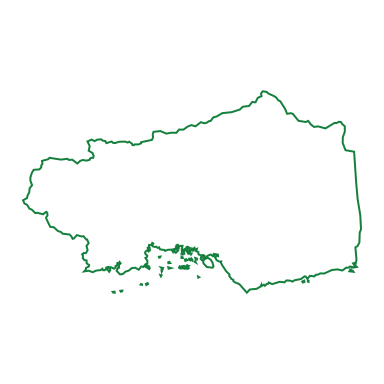 outline of Pohuwato, Gorontalo, Indonesia
{"feature_id": "22746128B36723886609479", "entity_name": "Pohuwato", "entity_type": "district", "adm_level": 2, "iso_a3": "IDN", "parent_name": "Indonesia", "parent_adm1": "Gorontalo", "projection": "mercator", "projection_center": [121.655, 0.703], "detail": "fine", "context": "isolated", "style": "outline", "palette": "green", "viewbox_px": 384, "rotation_deg": 0, "n_neighbors": 0, "source": "geoboundaries", "source_scale": "gbopen_adm2", "svg_char_len": 6066}
<svg xmlns="http://www.w3.org/2000/svg" viewBox="0 0 384 384"><path d="M341.0,122.1L338.8,121.8L336.7,123.0L334.4,123.0L325.4,128.4L318.2,126.4L314.0,126.9L310.9,124.5L308.2,120.9L305.9,122.0L298.5,120.8L292.8,113.8L290.7,113.2L287.1,113.8L285.1,108.9L280.3,101.3L278.2,100.2L276.2,97.5L274.0,96.1L268.3,93.5L266.7,91.9L262.7,91.3L261.0,93.7L261.5,96.2L257.8,97.8L255.5,102.3L252.2,102.0L249.0,106.0L242.8,106.7L239.8,109.6L231.5,112.2L222.4,113.1L216.8,116.4L213.3,117.4L210.6,121.0L208.8,121.2L207.1,122.5L204.6,123.3L200.8,122.2L195.5,126.3L191.3,125.1L187.6,126.6L183.5,129.6L179.0,129.6L176.4,132.8L171.2,132.7L166.3,133.6L160.5,131.1L153.5,131.8L152.7,134.5L153.1,137.3L151.9,139.9L141.1,142.2L141.1,143.3L138.5,144.4L134.6,144.4L134.0,145.1L132.5,145.1L132.1,143.8L129.1,141.7L127.6,142.5L125.1,141.6L118.8,141.8L115.1,143.1L112.9,142.8L111.7,141.5L106.4,143.1L105.2,141.0L102.6,140.6L101.1,139.3L97.1,139.7L94.5,141.1L91.7,139.6L87.5,141.4L89.7,146.2L88.7,150.7L92.5,153.0L93.6,155.8L93.2,157.8L91.1,157.9L90.0,158.5L89.7,159.8L86.7,160.6L82.5,160.0L80.3,160.9L77.3,163.5L72.3,159.7L68.7,159.9L67.5,158.8L60.9,159.6L49.5,157.8L48.2,159.2L42.0,160.9L42.5,163.8L41.3,165.4L41.2,167.4L39.4,169.4L33.7,169.8L31.8,173.0L30.3,177.9L30.5,181.1L32.1,185.2L29.7,188.1L29.2,192.5L27.6,195.3L27.1,198.0L23.0,200.3L24.5,203.5L27.2,204.9L29.3,208.5L31.9,209.7L35.3,213.1L37.4,212.8L43.1,214.3L46.2,211.8L47.2,212.6L47.5,215.4L46.1,217.5L46.2,218.5L50.2,226.8L53.9,227.3L58.0,231.1L60.8,231.9L62.7,233.7L69.5,234.5L71.3,236.2L72.6,238.8L73.9,238.5L76.9,235.1L81.6,236.5L83.5,236.2L86.3,239.5L87.1,239.5L88.7,243.1L86.5,245.9L87.6,250.1L86.0,253.0L83.6,253.1L82.1,254.4L82.9,255.3L82.9,258.3L84.4,260.1L86.6,260.5L86.7,263.4L89.2,265.1L88.9,266.4L86.0,268.0L85.8,269.7L84.2,271.4L88.7,270.7L92.7,272.2L96.1,270.6L100.5,270.1L102.4,268.7L103.1,270.2L104.6,270.2L105.5,269.7L106.3,267.5L109.4,266.6L108.1,267.3L107.5,269.7L109.2,271.8L110.3,270.1L109.7,267.4L110.6,267.1L114.2,268.7L115.5,267.7L115.6,265.9L117.0,265.7L117.4,263.0L119.1,262.9L119.6,262.0L120.6,263.3L118.9,265.0L119.1,267.7L117.8,268.1L116.6,270.8L120.0,274.4L122.9,274.0L125.5,271.6L128.8,270.6L131.8,268.1L135.1,267.7L138.7,269.7L141.3,266.5L143.4,266.9L145.4,264.3L147.3,263.6L147.4,260.7L145.4,258.0L146.9,257.1L147.3,255.8L145.2,253.6L145.1,252.3L146.4,250.7L148.2,251.0L147.7,247.7L148.9,247.0L149.1,244.9L151.3,245.2L152.3,242.9L153.3,243.6L152.2,245.2L152.7,246.3L155.0,247.0L156.0,246.6L157.9,248.0L159.0,247.3L160.1,249.4L164.5,250.0L165.1,250.9L167.8,249.8L171.5,249.6L172.7,251.5L172.9,249.5L174.8,248.7L174.6,252.0L175.8,252.8L178.0,250.6L176.6,249.5L176.0,246.5L176.5,245.4L177.6,246.2L178.1,243.9L177.5,249.0L178.7,248.6L178.8,247.0L180.1,245.9L182.5,245.9L181.7,249.2L182.1,252.6L181.4,253.8L182.8,254.6L184.3,253.8L183.6,249.8L186.6,250.9L188.3,253.8L190.1,253.6L190.1,251.9L189.4,252.6L189.1,252.4L189.0,251.1L185.1,248.8L186.2,248.0L187.5,249.2L187.9,248.3L186.9,247.0L187.6,246.7L189.8,247.9L189.7,249.6L191.2,250.1L191.8,248.9L192.5,250.7L193.4,250.7L193.6,248.5L194.5,247.8L195.2,249.7L196.9,248.9L196.2,251.2L198.3,252.0L198.5,254.3L200.9,255.5L203.0,255.0L204.6,255.7L204.5,257.6L206.3,257.4L207.5,255.8L210.8,254.5L212.8,256.1L213.3,255.1L213.7,255.9L214.5,255.6L214.3,254.0L217.9,254.6L218.0,256.0L217.2,255.6L215.1,257.4L216.6,260.2L219.5,261.6L221.2,261.5L220.9,262.7L222.1,265.1L226.2,271.3L229.5,274.5L229.2,276.0L231.5,279.0L233.3,279.8L233.3,281.0L234.9,282.3L239.3,284.1L246.9,292.7L249.8,289.5L256.6,288.8L260.5,286.6L261.4,284.8L261.6,286.0L263.9,284.7L264.9,285.8L266.8,283.9L268.3,283.7L268.7,282.5L272.2,284.1L279.7,281.8L284.5,282.3L286.5,280.4L290.4,280.7L292.5,281.6L294.4,280.3L301.0,279.0L304.5,276.4L305.6,276.4L307.3,278.8L310.0,275.8L314.3,276.4L315.8,274.8L318.0,274.6L320.3,273.4L324.3,273.5L331.9,270.0L337.5,269.4L342.3,270.5L346.2,267.7L348.4,267.7L350.1,266.5L352.0,267.0L351.9,267.6L353.6,267.3L355.0,266.1L353.1,263.4L355.0,262.8L355.7,263.4L356.5,259.7L355.4,247.4L357.6,246.0L359.4,242.5L359.7,232.7L361.0,229.2L360.3,215.5L357.6,198.8L356.2,183.1L354.1,151.7L345.5,150.2L342.7,143.0L342.8,137.3L344.8,131.7L344.8,126.2L342.3,124.2L341.0,122.1ZM208.0,257.9L204.2,259.1L203.1,261.7L203.5,263.4L206.8,267.0L212.6,267.7L213.5,266.3L212.5,262.6L210.8,259.8L208.0,257.9ZM184.2,265.9L182.5,266.1L183.3,268.1L179.7,266.3L179.0,267.7L180.1,268.4L185.6,268.4L185.6,267.1L184.2,265.9ZM147.6,265.7L146.0,266.0L145.7,266.9L149.3,269.1L149.7,268.1L149.1,266.5L147.6,265.7ZM202.0,256.9L201.0,257.4L200.7,258.9L201.9,260.1L203.9,258.9L203.4,257.5L202.0,256.9ZM352.9,270.8L350.2,269.6L349.4,271.3L353.5,271.8L352.9,270.8ZM163.1,268.0L161.0,267.5L162.2,268.9L161.4,270.3L161.7,271.6L163.1,268.0ZM302.8,282.5L304.4,282.1L304.2,280.6L302.3,281.5L302.8,282.5ZM170.9,268.1L168.3,267.3L168.6,268.7L170.9,268.1ZM188.7,268.2L186.8,267.1L186.6,268.7L187.8,268.9L188.7,268.2ZM146.3,285.0L148.1,283.9L147.6,283.1L145.9,283.9L146.3,285.0ZM149.7,249.0L148.3,250.2L148.8,251.3L150.1,250.1L149.7,249.0ZM186.2,259.2L184.9,259.5L185.3,260.9L187.0,260.3L186.2,259.2ZM191.3,258.4L190.6,259.4L192.3,260.6L192.5,259.9L191.3,258.4ZM196.7,259.7L197.0,258.6L195.3,258.0L195.7,259.3L196.7,259.7ZM169.3,261.9L168.2,262.3L168.4,263.2L170.2,263.0L169.3,261.9ZM114.7,292.7L114.6,291.7L112.7,291.9L113.2,292.6L114.7,292.7ZM120.9,291.7L122.1,291.3L122.3,290.6L120.4,290.8L120.9,291.7ZM356.8,266.9L355.6,265.8L354.8,267.3L356.8,266.9ZM181.5,256.7L181.5,258.0L182.8,258.0L182.8,257.4L181.5,256.7ZM189.2,258.7L188.7,259.4L190.0,260.2L190.1,259.4L189.2,258.7ZM159.2,257.7L160.0,257.5L160.4,256.6L158.9,256.8L159.2,257.7ZM307.8,280.2L307.9,281.7L308.5,281.9L308.6,280.7L307.8,280.2ZM160.9,276.3L161.5,275.3L160.3,275.0L160.9,276.3ZM188.7,265.9L187.1,265.2L186.8,265.6L187.9,266.4L188.7,265.9ZM141.0,284.0L140.6,284.6L142.0,284.8L142.0,284.4L141.0,284.0ZM195.7,262.4L195.1,261.2L194.6,261.7L195.7,262.4ZM150.2,248.0L149.2,247.3L148.7,247.7L150.2,248.0ZM198.3,277.6L199.1,277.2L198.1,276.6L198.3,277.6ZM191.6,253.5L190.8,253.4L191.1,254.3L191.6,253.5Z" fill="none" stroke="#15803d" stroke-width="2"/></svg>